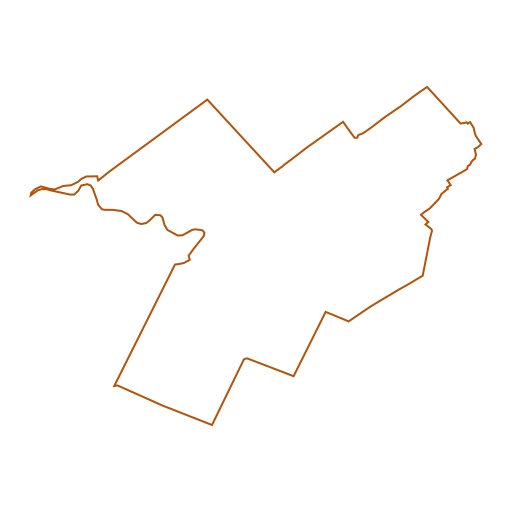 Izvoarele, Teleorman, Romania
{"feature_id": "2599482B23491153947768", "entity_name": "Izvoarele", "entity_type": "district", "adm_level": 2, "iso_a3": "ROU", "parent_name": "Romania", "parent_adm1": "Teleorman", "projection": "robinson", "projection_center": [25.353, 43.81], "detail": "fine", "context": "isolated", "style": "outline", "palette": "amber", "viewbox_px": 512, "rotation_deg": 0, "n_neighbors": 0, "source": "geoboundaries", "source_scale": "gbopen_adm2", "svg_char_len": 1844}
<svg xmlns="http://www.w3.org/2000/svg" viewBox="0 0 512 512"><path d="M212.0,425.0L212.5,424.0L243.9,359.4L245.0,358.8L247.2,358.4L293.6,376.2L325.3,312.6L325.7,311.9L348.6,321.4L370.1,306.8L380.8,300.3L399.5,289.2L407.9,284.5L422.7,275.7L430.2,237.5L432.0,230.7L431.4,229.2L425.5,224.4L428.4,222.0L421.0,214.8L424.0,212.3L429.9,208.3L439.0,198.8L441.5,193.9L447.9,188.7L447.1,187.3L450.7,185.1L447.4,180.3L462.7,171.7L467.2,168.9L467.7,166.2L470.2,164.6L471.4,161.9L473.3,159.8L475.0,158.6L476.0,154.7L474.6,149.0L478.4,146.8L481.3,144.0L475.8,135.9L474.9,133.4L474.8,132.9L473.7,127.9L470.1,122.1L467.7,123.6L466.7,122.3L464.2,123.0L460.5,123.5L427.3,87.2L427.1,87.0L420.0,91.8L413.2,96.7L409.3,99.7L406.7,101.7L399.9,106.9L396.1,109.4L385.0,117.0L372.2,126.8L365.6,131.5L362.6,133.4L360.8,134.1L358.6,134.9L358.1,135.3L357.8,136.2L357.6,137.0L357.1,137.7L356.1,137.9L355.5,137.8L355.0,137.8L354.4,137.5L352.6,135.1L347.1,127.6L343.3,122.1L343.1,121.8L318.6,139.2L306.1,148.1L291.3,159.5L284.4,164.6L282.8,166.1L274.3,172.3L207.3,99.6L109.2,171.7L98.2,180.5L97.8,179.1L97.2,176.3L86.3,176.5L81.5,178.8L77.9,181.9L71.3,185.2L63.0,186.0L59.6,187.5L54.4,189.5L49.1,188.7L40.9,186.4L35.1,189.2L31.3,192.6L30.7,195.4L37.7,190.4L41.9,189.1L46.5,189.2L50.2,190.3L70.2,194.6L74.2,194.5L78.4,190.6L81.3,185.5L87.2,184.2L90.5,185.4L92.9,188.6L96.0,197.5L96.8,199.8L98.1,204.7L102.0,209.3L104.6,209.8L113.1,209.9L121.4,211.0L127.7,214.1L136.9,222.7L141.1,224.0L146.1,223.1L149.1,220.9L155.2,214.9L160.2,215.2L162.4,217.3L164.5,224.9L167.4,229.9L177.7,235.5L182.4,235.3L192.4,229.8L195.4,229.3L202.3,230.3L204.4,232.5L203.7,236.2L193.7,248.7L188.7,255.6L189.7,259.9L183.9,263.0L178.5,264.1L175.0,264.5L114.2,386.1L114.4,386.1L115.0,385.9L116.5,385.5L117.6,385.5L158.6,403.8L162.8,405.7L212.0,425.0Z" fill="none" stroke="#b45309" stroke-width="2"/></svg>